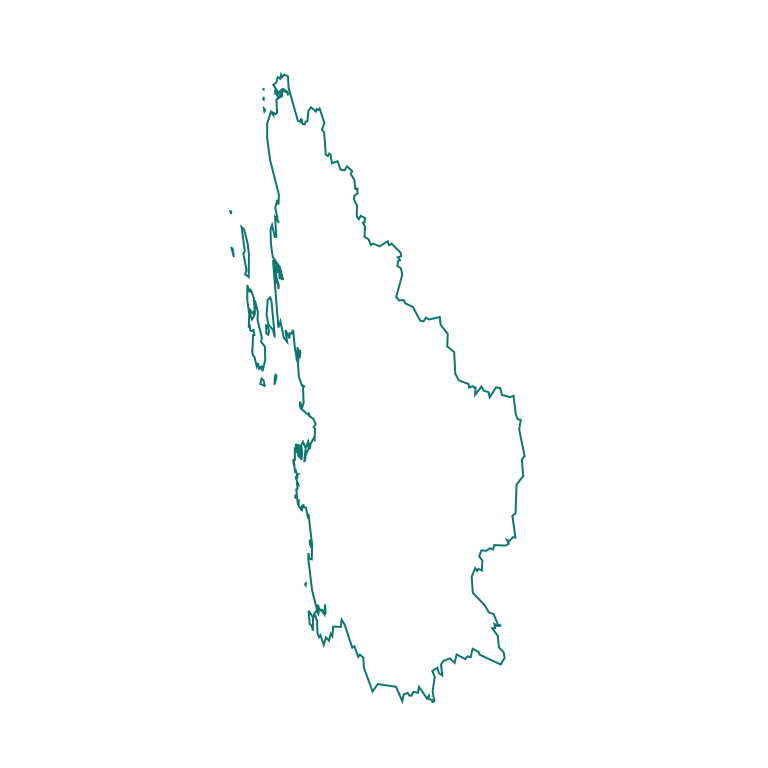 Sakha (Yakutia), Equal Earth projection, rotated 261°
{"feature_id": "RUS-2612", "entity_name": "Sakha (Yakutia)", "entity_type": "Autonomous Province", "adm_level": 1, "iso_a3": "RUS", "parent_name": "Russia", "parent_adm1": "", "projection": "equal_earth", "projection_center": [131.922, 66.295], "detail": "fine", "context": "isolated", "style": "outline", "palette": "teal", "viewbox_px": 768, "rotation_deg": 261, "n_neighbors": 0, "source": "natural_earth", "source_scale": "10m", "svg_char_len": 6160}
<svg xmlns="http://www.w3.org/2000/svg" viewBox="0 0 768 768"><g transform="rotate(261 384 384)"><path d="M148.7,279.3L159.7,280.8L165.9,280.0L165.0,278.1L167.8,279.0L170.6,281.7L167.1,283.2L170.7,284.2L170.5,286.4L165.6,289.2L166.3,290.1L168.1,290.7L175.6,291.3L166.1,289.2L170.5,287.7L171.3,285.0L176.4,284.1L170.8,282.6L191.6,280.7L223.2,281.9L228.8,282.8L223.3,282.9L222.1,285.2L235.8,287.8L267.4,289.1L263.1,288.0L274.0,287.6L274.8,285.8L277.7,285.5L273.1,283.6L275.2,283.2L273.5,282.3L277.1,280.7L281.5,281.4L280.3,280.2L293.5,280.8L294.0,282.2L298.8,282.5L297.8,283.6L305.5,282.2L306.5,283.0L304.0,283.8L306.8,283.5L308.2,285.2L308.3,283.8L312.2,283.4L311.5,282.4L323.3,283.0L323.0,284.1L333.5,285.7L331.5,286.8L338.8,287.6L326.3,288.3L324.5,289.5L337.5,290.3L335.8,290.8L328.2,290.1L322.1,290.7L329.5,292.5L336.4,292.7L339.5,295.0L332.8,296.6L319.4,293.0L321.5,294.0L320.3,294.0L325.5,295.2L332.6,299.9L335.4,299.2L333.9,297.1L339.2,300.1L331.4,300.7L336.0,301.9L341.4,306.0L339.9,306.7L350.6,309.0L352.2,307.8L355.1,310.3L360.6,308.7L363.9,305.4L367.5,305.3L364.9,304.8L373.1,297.8L376.9,297.6L379.8,298.4L373.1,299.2L377.8,301.6L394.9,303.7L394.0,304.5L394.2,304.8L395.2,303.7L394.4,303.2L395.6,302.6L404.3,301.1L416.7,302.1L426.8,304.6L424.9,305.3L428.1,306.3L430.9,306.2L427.2,305.2L433.8,304.2L428.1,303.5L430.8,301.5L451.7,302.7L448.3,300.6L448.9,298.7L443.8,297.8L452.7,295.1L440.9,294.9L445.5,292.3L462.1,291.5L456.3,288.5L523.4,293.7L502.9,292.9L498.7,295.0L494.2,294.5L497.7,295.5L504.5,294.6L524.2,294.2L514.8,298.7L514.7,297.0L518.3,296.0L514.4,296.6L513.2,295.1L510.3,294.8L512.9,298.0L503.9,297.5L506.7,298.9L503.3,299.6L503.5,300.6L515.6,299.4L527.0,294.0L539.9,294.2L554.3,296.1L558.5,298.3L545.4,299.2L547.7,299.7L545.6,300.6L565.7,302.5L559.6,305.4L565.8,303.5L565.4,304.7L574.9,304.1L582.5,307.4L577.7,307.8L587.4,309.8L623.3,306.5L645.5,307.1L659.6,309.4L670.6,314.9L666.7,316.8L669.3,317.2L667.5,319.2L668.8,320.9L681.8,322.2L684.1,328.2L689.5,329.6L687.3,333.8L684.0,334.6L687.8,334.3L691.4,330.2L688.3,325.1L696.9,321.5L698.4,324.7L703.7,327.2L701.7,329.3L705.6,330.8L703.1,331.6L705.2,333.8L702.9,337.3L691.3,336.1L657.5,340.1L655.9,342.4L659.3,343.8L653.6,344.3L652.8,346.3L655.3,347.5L655.6,349.5L665.7,352.1L668.8,355.1L663.8,359.4L666.0,360.5L664.8,361.9L666.2,363.5L651.4,366.0L644.9,362.5L642.0,364.2L619.6,362.4L617.9,364.2L620.1,365.7L619.0,367.0L610.2,367.1L611.2,373.0L602.6,374.6L601.2,378.4L604.7,381.6L599.2,385.9L596.7,384.0L590.0,386.7L581.1,386.2L581.2,388.3L576.3,387.6L574.5,384.1L571.2,383.1L564.6,385.2L553.7,383.3L550.7,384.9L553.8,387.4L550.7,391.3L546.7,390.0L546.6,388.3L542.7,389.8L532.3,387.8L529.5,391.3L523.2,392.8L524.5,394.9L520.7,401.2L524.4,409.9L520.3,410.7L521.3,413.6L510.8,421.1L507.4,420.7L507.0,417.5L503.8,419.2L503.1,417.0L498.3,415.8L495.9,418.7L489.2,419.2L468.1,409.6L464.1,412.1L463.7,416.7L460.3,417.7L455.5,424.6L440.8,429.7L439.7,432.8L442.9,435.8L440.7,438.5L441.4,449.6L433.7,449.2L423.5,454.8L411.2,452.3L404.5,458.3L383.0,456.0L375.8,458.5L370.7,467.6L367.1,467.5L368.0,471.2L365.7,473.1L367.1,474.1L359.1,472.3L366.2,479.9L361.8,481.4L359.5,486.1L354.4,486.3L363.1,494.1L361.9,498.1L354.7,498.8L351.3,506.7L352.0,510.1L333.8,509.4L328.3,510.5L327.2,513.5L318.0,510.4L290.7,511.6L287.9,508.3L271.3,507.1L264.0,499.2L235.8,493.7L233.8,490.2L211.8,489.8L212.5,487.3L209.4,483.3L210.8,481.0L206.7,482.2L205.4,478.8L207.6,467.8L203.5,465.8L205.2,462.9L203.3,459.1L204.4,454.1L199.0,451.1L193.9,453.6L184.5,451.4L186.6,448.3L184.8,446.7L187.8,445.3L179.8,440.4L163.8,439.1L149.5,449.0L142.0,451.8L139.7,456.2L128.4,459.0L127.1,461.9L127.1,458.2L129.7,455.5L125.6,455.6L125.8,452.7L117.4,457.0L105.9,456.3L100.2,460.2L94.6,460.3L88.7,455.3L101.8,436.0L104.5,435.6L108.6,430.1L100.6,426.9L102.0,423.8L99.5,421.3L105.5,413.4L97.6,410.2L102.8,406.1L101.0,399.0L97.8,396.4L87.1,396.0L89.8,393.0L95.4,392.3L93.1,386.8L87.0,388.3L72.5,383.9L62.8,384.1L62.4,382.0L64.3,382.0L65.9,378.9L68.9,379.4L66.7,377.2L79.3,371.2L73.7,369.1L75.3,364.9L71.9,362.5L72.3,360.3L75.1,359.1L74.5,355.1L68.0,352.4L83.1,348.5L88.6,330.9L82.1,324.6L106.8,319.8L116.9,320.7L120.5,317.9L118.5,315.9L129.7,313.6L128.5,311.4L152.6,307.5L157.8,305.3L150.8,303.3L152.4,296.0L142.9,293.5L145.7,292.3L139.1,289.5L142.8,287.0L135.7,283.7L145.9,281.9L144.1,280.2L148.7,279.3ZM503.1,264.5L496.7,265.4L496.3,266.3L499.0,266.8L489.6,268.9L478.0,267.9L473.7,265.9L478.5,263.1L471.7,263.0L468.4,263.8L473.3,267.4L486.7,269.6L474.5,270.7L467.3,269.1L449.1,270.6L444.7,269.3L439.5,272.2L426.6,270.5L415.6,266.0L421.4,266.0L418.5,265.6L419.9,264.0L417.5,263.0L424.5,262.8L421.2,261.1L431.3,260.2L432.3,259.2L437.5,258.8L436.0,258.9L452.9,262.4L452.6,263.7L458.7,263.6L456.6,262.9L457.7,260.3L464.1,260.6L460.7,259.2L473.7,261.8L488.1,262.1L503.1,264.5ZM537.0,267.3L561.4,267.9L558.3,270.1L544.0,271.3L533.2,270.9L510.8,267.1L514.0,264.0L518.1,266.0L534.6,265.5L537.0,267.3ZM485.3,282.3L487.3,285.2L483.3,285.8L447.1,283.5L454.7,282.8L461.0,279.1L470.6,278.8L485.3,282.3ZM171.9,274.0L164.7,277.3L151.4,275.2L156.6,274.7L158.7,273.1L171.9,274.0ZM460.4,276.7L459.9,278.0L454.9,278.8L450.7,277.4L452.5,275.7L460.4,276.7ZM408.5,263.9L406.5,265.6L401.0,265.9L403.4,261.8L408.5,263.9ZM326.5,289.3L333.7,288.1L338.1,289.3L335.9,289.7L326.5,289.3ZM687.5,326.6L690.7,330.1L689.7,330.6L689.8,329.3L686.0,328.3L684.3,324.1L687.1,323.2L687.5,326.6ZM410.0,278.4L408.7,279.2L400.4,275.7L407.3,277.1L410.0,278.4ZM428.9,301.8L426.6,303.2L419.0,302.2L421.4,301.6L428.9,301.8ZM543.1,254.5L540.8,255.7L532.9,255.6L543.1,254.5ZM330.0,290.6L333.4,291.4L324.2,291.0L330.0,290.6ZM241.8,286.5L235.8,287.1L235.1,286.2L239.2,285.8L241.8,286.5ZM687.9,322.2L690.0,324.3L687.4,324.7L687.9,322.2ZM674.9,308.5L673.4,309.6L672.0,308.5L674.9,308.5ZM578.6,259.1L578.3,260.0L575.9,259.6L578.6,259.1ZM285.8,278.6L288.7,279.1L284.7,279.2L285.8,278.6ZM690.0,322.2L692.4,323.1L690.0,322.4L690.0,322.2ZM317.2,282.5L320.2,282.3L324.1,282.8L321.1,282.8L317.2,282.5ZM198.6,274.6L199.2,275.5L197.5,275.1L198.6,274.6ZM684.4,309.2L686.4,310.2L683.8,309.6L684.4,309.2ZM693.8,311.1L695.3,311.2L692.7,311.2L693.8,311.1Z" fill="none" stroke="#0f766e" stroke-width="2"/></g></svg>